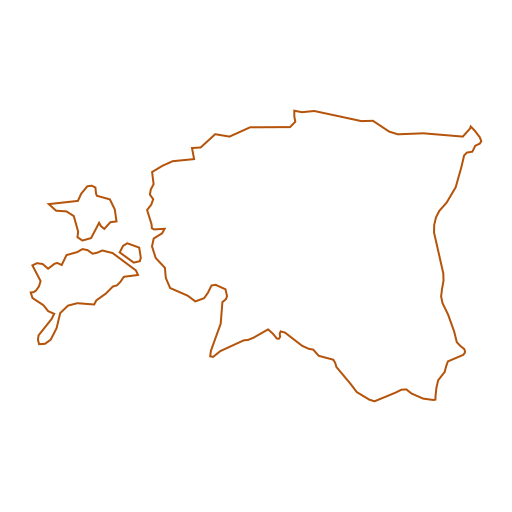 an SVG outline of Estonia
{"feature_id": "EST", "entity_name": "Estonia", "entity_type": "country or territory", "adm_level": 0, "iso_a3": "EST", "parent_name": "Europe", "parent_adm1": "", "projection": "orthographic", "projection_center": [24.591, 58.582], "detail": "fine", "context": "isolated", "style": "outline", "palette": "amber", "viewbox_px": 512, "rotation_deg": 0, "n_neighbors": 0, "source": "natural_earth", "source_scale": "50m", "svg_char_len": 2419}
<svg xmlns="http://www.w3.org/2000/svg" viewBox="0 0 512 512"><path d="M435.4,399.6L433.6,400.0L423.1,398.6L411.5,393.5L406.3,389.4L401.4,389.7L395.6,392.6L374.5,401.3L369.2,399.6L356.8,392.1L350.4,383.7L336.4,367.0L335.2,362.9L333.3,359.7L318.7,355.8L313.2,349.6L308.7,348.8L302.1,345.8L285.0,332.6L280.7,331.4L279.7,333.7L280.1,336.8L279.0,338.7L276.9,338.6L272.9,333.7L268.1,329.4L253.5,337.7L248.2,339.9L243.6,340.4L220.3,351.1L213.1,356.9L210.2,356.3L210.9,350.8L220.7,323.7L222.4,302.1L226.0,299.1L227.0,296.1L225.5,289.3L215.5,284.8L211.5,285.5L207.9,292.8L204.1,298.2L195.3,301.4L187.7,295.7L170.1,288.0L165.8,277.9L164.9,267.8L155.7,258.0L152.0,246.4L153.7,238.5L162.1,233.3L164.6,228.8L154.0,229.4L151.9,228.2L151.5,224.1L147.1,210.0L151.3,204.6L153.2,199.2L149.9,194.6L150.8,189.4L153.6,184.2L152.1,172.0L162.6,165.7L172.7,161.2L194.1,159.1L192.0,148.0L200.6,147.5L215.2,134.2L229.5,136.6L250.1,127.3L290.0,127.1L295.3,121.7L294.3,116.4L294.3,110.7L301.8,112.2L314.3,111.0L361.3,121.1L372.9,120.8L389.2,131.6L397.9,134.3L423.4,133.3L462.8,136.6L470.1,128.5L470.7,126.5L474.7,130.6L479.8,137.3L481.3,141.2L479.8,143.6L475.2,145.8L474.2,148.0L472.3,151.7L466.8,152.6L464.1,155.5L461.3,167.4L455.7,187.2L446.7,202.5L439.3,210.9L436.0,217.3L434.2,224.9L434.0,232.4L443.3,273.4L443.5,280.8L442.1,288.5L441.1,296.4L442.5,303.1L448.0,314.4L454.1,331.3L456.8,342.2L460.5,346.1L464.1,348.9L464.9,350.7L464.9,352.7L463.2,354.9L447.9,361.4L446.1,366.4L444.7,371.9L438.2,380.2L436.4,387.8L435.5,396.5L435.4,399.6ZM87.5,250.1L92.6,253.7L97.3,252.7L102.2,250.5L112.5,253.0L135.9,270.4L138.0,275.0L123.8,276.8L120.4,281.9L116.9,285.4L112.9,286.5L105.8,293.6L96.3,300.4L94.2,304.5L77.3,303.2L68.0,305.6L60.2,313.1L56.6,328.1L50.7,339.7L45.0,343.8L39.1,344.2L37.9,339.7L38.6,335.3L51.5,319.1L54.2,313.8L48.2,311.2L43.4,305.2L32.5,298.0L30.7,292.5L33.4,292.2L35.9,290.7L39.0,286.3L40.6,281.1L32.4,265.4L37.0,263.2L42.6,264.0L48.1,268.7L54.6,263.7L57.4,263.0L61.7,265.0L66.5,255.1L77.2,252.1L82.5,249.1L87.5,250.1ZM110.4,222.2L104.3,228.9L100.9,226.1L99.1,222.8L91.1,238.1L82.4,240.5L77.5,237.2L78.1,231.5L73.8,216.1L66.5,211.4L56.1,210.7L48.8,204.1L77.9,200.9L81.2,193.7L87.3,186.3L91.7,185.7L95.4,187.5L96.0,193.4L96.9,195.8L109.9,199.4L114.8,209.5L116.5,221.4L110.4,222.2ZM139.8,261.2L133.7,262.6L119.7,252.4L123.1,245.8L127.3,243.3L139.2,247.6L140.8,257.8L139.8,261.2Z" fill="none" stroke="#b45309" stroke-width="2"/></svg>